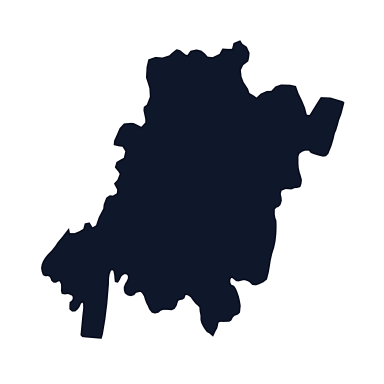 the district of Staryya Darohi, Minsk, Belarus, rotated 276°
{"feature_id": "67162791B98065545782790", "entity_name": "Staryya Darohi", "entity_type": "district", "adm_level": 2, "iso_a3": "BLR", "parent_name": "Belarus", "parent_adm1": "Minsk", "projection": "equal_earth", "projection_center": [28.161, 53.049], "detail": "fine", "context": "isolated", "style": "filled", "palette": "ink", "viewbox_px": 384, "rotation_deg": 276, "n_neighbors": 0, "source": "geoboundaries", "source_scale": "gbopen_adm2", "svg_char_len": 3688}
<svg xmlns="http://www.w3.org/2000/svg" viewBox="0 0 384 384"><g transform="rotate(276 192 192)"><path d="M331.3,163.9L331.6,162.0L328.0,158.3L324.9,155.6L321.9,148.7L321.8,141.8L318.8,135.4L311.5,134.5L301.1,135.0L295.1,137.7L290.8,139.5L282.3,140.9L273.8,138.6L271.3,135.9L268.3,135.9L259.8,138.6L256.1,139.1L250.6,135.0L252.4,130.4L253.7,126.8L253.7,124.5L252.4,117.6L247.6,114.0L241.5,112.1L234.8,109.9L231.1,109.9L230.5,114.9L230.5,118.5L225.7,122.2L218.4,121.3L215.9,117.6L213.5,114.4L208.6,113.5L205.0,117.2L202.5,119.0L195.9,117.2L192.2,114.4L186.7,118.1L182.5,118.1L179.4,114.0L179.4,110.8L177.0,108.0L170.3,106.2L166.0,106.2L156.9,102.6L148.4,100.7L145.4,96.6L150.2,93.0L149.0,89.3L143.5,88.4L140.5,84.3L138.1,79.8L137.5,74.3L141.5,73.2L138.0,71.0L132.8,67.8L127.7,64.3L123.6,62.2L118.6,59.0L114.5,55.7L111.0,53.4L107.1,51.6L103.9,50.8L100.6,50.6L97.4,51.5L94.3,53.0L93.6,55.3L94.1,56.9L93.7,59.3L92.0,60.8L89.5,62.0L88.1,64.1L88.3,65.9L90.0,68.5L90.0,70.2L86.7,72.1L83.2,72.6L80.3,72.7L77.8,73.6L77.6,76.2L78.4,79.4L77.0,84.0L75.3,85.1L72.9,85.2L71.2,84.5L69.4,82.6L67.1,82.6L63.0,83.0L61.3,85.4L61.7,88.1L64.0,90.2L66.3,91.5L69.8,92.6L71.8,94.5L69.8,96.1L65.1,96.7L56.8,96.6L38.3,96.8L37.0,98.3L37.0,101.3L37.0,102.2L37.3,116.8L41.4,117.5L56.0,118.4L72.0,118.7L82.2,118.5L91.4,118.3L97.2,117.8L101.3,117.9L105.9,119.0L106.8,121.1L105.7,122.7L101.6,124.0L97.8,124.7L95.1,125.3L94.8,127.4L97.7,128.8L100.7,129.8L102.7,131.4L104.0,133.2L104.0,135.8L102.1,137.8L99.2,138.0L95.7,136.8L93.8,135.8L90.2,134.8L87.4,135.2L84.8,136.3L83.1,139.2L82.8,142.0L84.0,144.8L86.4,146.3L87.7,149.6L88.0,151.7L86.6,153.5L83.6,155.8L80.6,157.0L77.5,158.5L74.8,160.3L71.4,162.2L68.5,165.0L68.0,167.8L69.2,171.0L71.1,172.6L72.5,175.4L73.0,180.0L73.0,183.9L74.4,186.3L77.8,188.0L80.2,188.4L82.9,189.1L83.9,190.8L84.7,193.5L85.9,194.9L87.5,195.3L89.5,195.8L89.8,197.8L89.0,200.0L87.7,202.2L84.7,204.8L81.8,207.7L80.2,210.1L78.4,212.1L74.7,212.7L70.0,214.1L65.9,214.5L63.0,215.6L60.4,217.2L57.6,219.3L54.9,221.8L53.9,224.4L51.5,227.7L56.0,229.2L59.5,230.7L62.0,231.0L65.3,231.3L66.5,233.2L66.9,237.4L67.6,242.3L68.8,243.9L71.9,245.1L73.9,246.7L75.4,249.9L77.4,251.6L83.8,251.6L88.3,250.4L92.9,248.8L97.4,246.7L100.2,245.1L102.1,243.5L102.7,242.7L103.1,240.5L105.6,238.9L108.5,238.5L110.7,239.1L111.6,240.7L110.7,242.4L108.7,245.4L108.7,247.6L109.7,250.1L110.5,252.6L110.5,254.2L109.9,256.7L109.1,258.8L106.6,261.9L106.6,265.2L108.1,268.3L110.3,272.0L113.2,275.0L120.0,276.0L125.6,276.4L131.9,276.7L138.9,277.5L145.3,278.8L151.9,279.5L159.1,279.5L164.0,279.2L168.1,278.8L172.2,278.2L174.5,277.0L178.4,275.9L183.7,275.4L185.8,277.0L186.8,279.1L188.8,280.7L192.7,281.5L195.8,280.9L199.3,279.7L203.2,280.3L205.5,284.7L205.7,290.5L207.3,293.4L207.7,295.9L208.8,298.6L211.8,299.3L215.5,299.3L219.6,297.7L222.5,296.4L227.0,294.9L231.8,294.1L234.8,293.8L238.3,293.4L241.6,294.1L244.1,296.8L245.7,300.0L246.1,304.2L243.9,306.4L243.0,309.9L242.2,314.1L241.6,318.5L242.2,321.0L244.5,322.9L249.4,324.3L252.9,325.3L259.4,326.5L265.2,327.2L268.7,328.3L275.0,329.5L278.7,330.0L285.1,331.7L295.6,333.3L296.7,333.4L297.3,332.3L299.7,319.8L299.1,310.6L291.7,306.9L280.1,301.3L280.1,297.6L287.4,294.9L293.5,291.6L300.9,287.0L307.6,283.8L308.2,278.3L307.5,269.5L305.1,264.4L300.2,260.7L299.6,256.1L296.5,250.6L291.6,246.4L293.4,243.7L295.9,238.2L300.1,236.3L306.2,231.3L311.7,228.5L318.4,227.1L323.9,229.0L328.2,233.6L331.8,234.0L336.1,234.0L341.6,230.8L344.0,226.2L347.0,223.9L344.0,218.4L337.9,217.5L337.3,212.4L337.2,207.8L331.7,205.5L327.5,198.6L327.5,193.1L330.5,189.9L332.9,186.2L333.5,181.7L331.7,176.2L326.8,173.4L327.4,170.7L331.0,165.2L331.3,163.9Z" fill="#0f172a" stroke="#020617" stroke-width="1.5"/></g></svg>